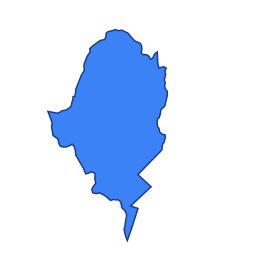 outline of Manaíra, Paraíba, Brazil, rotated 142°
{"feature_id": "56859067B81627893661262", "entity_name": "Manaíra", "entity_type": "district", "adm_level": 2, "iso_a3": "BRA", "parent_name": "Brazil", "parent_adm1": "Paraíba", "projection": "albers", "projection_center": [-38.195, -7.703], "detail": "fine", "context": "isolated", "style": "filled", "palette": "blue", "viewbox_px": 256, "rotation_deg": 142, "n_neighbors": 0, "source": "geoboundaries", "source_scale": "gbopen_adm2", "svg_char_len": 1984}
<svg xmlns="http://www.w3.org/2000/svg" viewBox="0 0 256 256"><g transform="rotate(142 128 128)"><path d="M146.0,67.4L148.9,85.1L135.3,87.1L116.4,89.6L114.4,90.2L112.3,92.5L110.3,94.1L108.1,94.7L106.4,96.0L104.0,98.0L103.0,99.9L104.8,101.9L105.5,105.4L103.9,108.5L103.7,111.3L101.9,114.1L99.4,116.8L97.1,116.9L93.2,119.7L91.0,122.1L88.4,122.3L85.6,122.6L82.5,125.0L77.9,128.7L75.6,131.1L74.4,133.0L74.6,136.0L73.0,138.8L70.8,140.6L70.0,143.2L68.6,144.6L65.5,146.8L64.6,149.0L63.3,150.5L61.0,151.6L62.1,154.3L66.6,156.3L65.4,159.3L64.2,161.4L58.1,169.9L60.9,170.0L65.8,167.8L68.0,168.5L67.3,171.6L68.2,174.3L70.9,176.6L71.4,179.0L68.0,182.2L66.4,185.5L66.4,187.6L68.7,191.6L69.2,193.7L69.5,196.3L69.6,202.8L72.6,208.9L74.3,209.8L76.1,211.0L77.2,213.2L80.6,214.4L84.6,216.3L86.8,216.1L89.7,213.1L92.2,212.3L96.1,214.1L104.7,214.4L109.2,214.1L111.0,211.2L116.1,209.7L120.0,207.3L122.5,205.9L124.8,203.8L126.6,200.6L129.7,199.2L131.9,198.5L145.7,190.4L146.8,188.8L148.8,187.1L150.2,185.6L151.9,186.6L154.1,184.3L157.5,181.9L159.6,180.0L165.5,180.1L169.1,182.1L171.8,182.4L174.2,182.9L176.1,184.9L180.9,190.4L184.5,178.8L187.3,176.3L188.7,173.9L190.1,171.1L191.7,168.3L191.0,165.9L190.0,162.6L191.1,160.0L192.1,158.2L192.6,156.0L191.7,153.9L189.9,152.3L188.3,151.1L185.8,150.3L182.1,149.5L181.7,147.5L182.5,144.7L183.8,141.9L185.9,138.6L186.4,134.8L186.8,131.8L187.3,128.4L187.9,123.4L188.8,120.9L189.5,117.9L186.9,116.7L184.5,116.2L182.7,114.6L182.1,112.1L183.7,110.3L185.7,108.2L186.3,106.3L187.8,104.2L191.4,103.3L194.3,101.9L195.6,98.8L194.3,96.7L192.8,95.5L190.6,94.5L188.8,91.6L187.3,86.8L186.8,83.7L186.3,81.6L183.5,80.7L181.8,78.8L179.8,77.4L179.3,74.3L180.3,72.0L181.3,70.3L182.0,68.2L181.3,65.3L181.7,63.0L182.3,61.1L183.6,59.1L185.8,57.4L187.5,55.8L189.4,54.0L191.1,52.2L193.5,50.5L194.8,47.8L195.9,45.5L197.0,42.6L197.9,39.7L185.7,47.5L175.2,54.7L169.6,58.5L171.3,60.9L173.9,64.9L157.2,66.5L148.7,67.2L146.0,67.4Z" fill="#3b82f6" stroke="#1e3a8a" stroke-width="1.5"/></g></svg>